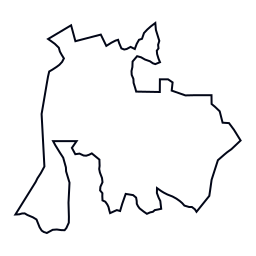 outline of Nossa Senhora de Nazaré, Piauí, Brazil
{"feature_id": "56859067B20715695803450", "entity_name": "Nossa Senhora de Nazaré", "entity_type": "district", "adm_level": 2, "iso_a3": "BRA", "parent_name": "Brazil", "parent_adm1": "Piauí", "projection": "natural_earth1", "projection_center": [-42.193, -4.64], "detail": "fine", "context": "isolated", "style": "outline", "palette": "ink", "viewbox_px": 256, "rotation_deg": 0, "n_neighbors": 0, "source": "geoboundaries", "source_scale": "gbopen_adm2", "svg_char_len": 2006}
<svg xmlns="http://www.w3.org/2000/svg" viewBox="0 0 256 256"><path d="M71.1,25.3L48.1,39.0L50.4,40.6L54.8,43.8L58.8,47.7L59.9,51.6L61.6,54.7L63.9,58.4L62.1,61.9L59.4,64.8L56.6,66.9L52.3,69.7L49.2,71.5L48.0,76.7L47.1,81.8L41.6,114.0L44.4,166.5L40.9,173.0L37.4,178.4L35.7,181.9L15.4,214.5L19.2,214.3L22.0,213.5L24.7,213.4L27.4,215.0L32.9,217.3L36.5,219.5L39.6,227.3L41.7,230.6L43.8,232.0L46.8,233.0L52.7,229.8L56.8,229.5L61.2,230.1L64.6,230.2L66.4,228.0L68.8,222.7L68.9,216.7L68.5,202.7L69.5,182.7L66.1,171.4L65.9,167.4L63.2,157.7L60.0,152.8L55.3,145.2L53.1,141.1L76.6,141.1L71.9,147.9L75.3,154.2L79.5,153.6L83.6,155.5L86.2,155.7L89.0,154.8L91.8,153.4L99.4,159.6L99.6,165.9L99.2,169.0L99.9,172.5L102.0,178.0L102.5,182.2L100.4,186.8L100.1,190.4L102.4,193.2L102.3,196.2L102.5,200.4L105.3,201.7L107.3,204.5L108.5,207.0L109.3,210.4L110.1,213.1L116.8,210.1L120.1,211.0L122.3,203.6L125.7,193.9L133.1,195.1L136.1,197.6L136.7,201.0L136.8,203.8L138.0,206.2L139.6,208.4L143.7,211.6L146.9,213.8L150.1,212.4L152.9,211.8L154.8,210.1L158.0,209.5L161.2,208.8L160.3,201.0L158.6,197.6L156.9,193.0L157.0,188.1L161.4,191.2L163.9,192.7L167.4,194.5L172.5,196.5L176.5,198.7L179.9,201.1L182.2,203.1L184.4,205.6L189.1,207.0L191.9,207.0L194.9,209.3L196.5,211.8L209.3,195.9L210.1,190.5L211.6,179.8L217.9,160.2L224.3,154.6L227.2,152.2L231.5,149.1L240.6,140.5L233.9,129.7L229.0,123.1L222.6,122.7L219.7,111.3L215.1,106.9L211.6,104.0L211.5,95.2L194.5,95.2L185.4,95.4L171.7,90.6L172.6,82.4L168.0,79.3L159.9,79.3L159.8,92.0L136.2,91.6L135.1,87.7L133.6,82.9L133.4,78.9L131.7,74.9L131.5,71.1L132.4,67.0L132.6,61.5L137.1,56.2L141.1,57.3L144.9,59.5L150.0,61.3L152.9,63.3L155.3,64.1L160.0,62.2L158.5,58.6L157.1,54.0L156.8,50.7L158.5,48.4L158.1,44.8L159.3,40.9L155.9,29.9L155.3,23.0L150.8,26.4L147.2,29.6L144.0,33.0L142.0,38.8L139.0,39.8L136.7,43.9L134.8,49.0L130.6,46.9L126.7,49.0L124.2,49.5L121.4,48.4L119.1,43.0L118.1,39.8L115.5,40.6L111.4,42.7L106.3,45.9L100.8,34.6L75.4,41.2L71.1,25.3Z" fill="none" stroke="#020617" stroke-width="2"/></svg>